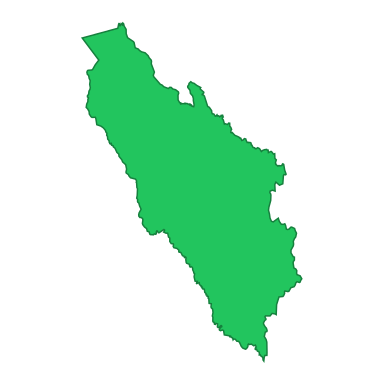 the district of Tonila, Jalisco, Mexico
{"feature_id": "50627088B95272323140110", "entity_name": "Tonila", "entity_type": "district", "adm_level": 2, "iso_a3": "MEX", "parent_name": "Mexico", "parent_adm1": "Jalisco", "projection": "equal_earth", "projection_center": [-103.536, 19.429], "detail": "fine", "context": "isolated", "style": "filled", "palette": "green", "viewbox_px": 384, "rotation_deg": 0, "n_neighbors": 0, "source": "geoboundaries", "source_scale": "gbopen_adm2", "svg_char_len": 5998}
<svg xmlns="http://www.w3.org/2000/svg" viewBox="0 0 384 384"><path d="M90.2,80.6L89.7,84.3L90.3,87.7L89.9,89.5L89.0,91.1L88.6,94.2L87.4,95.9L87.5,97.0L88.4,97.6L88.4,98.4L87.9,99.1L87.9,101.5L86.7,104.1L86.2,107.4L87.6,108.8L89.1,111.5L89.3,114.1L91.0,116.7L92.0,117.4L95.4,117.3L95.9,118.9L96.8,124.7L100.9,126.1L103.4,127.9L105.3,130.2L106.1,132.4L106.9,133.2L106.7,135.3L107.5,136.5L107.7,139.1L109.0,140.6L109.3,142.5L109.9,143.1L109.8,143.6L110.5,144.0L111.3,143.5L111.6,145.2L113.1,145.7L113.3,146.8L115.0,148.2L116.9,152.4L118.8,154.1L119.0,156.3L121.8,159.8L122.6,161.9L125.7,164.7L126.6,169.1L126.0,172.1L126.2,173.0L128.4,174.6L129.0,176.0L130.5,177.8L135.5,179.1L136.4,180.5L136.6,181.4L136.2,182.2L136.6,182.8L136.9,187.6L137.5,188.7L137.2,195.5L136.7,198.2L137.7,199.6L137.5,201.1L137.8,202.2L138.8,203.0L139.6,206.0L141.1,209.2L139.1,212.9L138.7,214.8L138.9,216.3L139.9,217.5L141.1,217.5L142.5,218.5L142.9,219.8L142.4,223.4L142.8,224.7L144.5,227.0L146.6,228.6L147.3,231.3L149.0,231.7L149.9,234.3L150.3,234.6L153.5,234.8L154.3,233.9L155.8,234.3L156.2,233.7L156.4,231.6L156.8,230.9L157.4,231.0L158.3,232.7L159.0,232.8L163.9,229.5L164.5,229.9L164.5,230.8L163.7,232.1L166.0,233.2L167.7,233.2L168.5,237.0L169.8,238.1L169.8,241.5L171.2,243.6L173.3,243.9L173.5,244.5L173.2,246.5L173.9,247.7L176.9,248.4L178.8,250.1L178.8,251.6L179.1,252.2L180.5,252.3L181.1,252.9L182.5,255.7L184.0,256.2L184.5,257.6L185.0,257.6L185.6,257.0L185.9,257.3L186.1,258.1L185.8,259.6L186.2,262.5L186.6,263.2L189.6,264.4L189.5,265.9L190.2,267.1L191.1,266.6L192.3,267.4L192.7,268.6L192.7,269.8L193.6,271.7L193.8,273.0L194.6,273.7L194.1,276.8L195.1,281.2L196.1,281.2L196.7,282.1L197.4,281.6L197.4,282.4L196.5,283.3L196.7,283.6L199.3,282.7L199.4,284.3L199.8,284.9L201.3,285.9L201.1,286.6L202.1,287.0L201.9,287.8L202.6,288.1L202.7,288.9L204.3,289.2L204.8,292.4L206.0,293.5L206.0,294.8L207.0,295.2L207.0,296.2L208.3,296.5L208.1,298.1L208.8,298.7L209.1,303.4L211.3,303.7L211.0,306.9L211.3,307.9L212.4,308.7L212.8,310.5L213.0,312.7L212.3,316.0L212.9,317.2L212.8,321.1L213.2,322.0L214.1,322.3L214.5,324.2L215.4,324.4L215.9,323.4L217.6,323.8L217.4,326.9L218.3,327.7L219.4,327.2L220.7,325.6L221.5,325.6L221.8,326.7L220.5,327.5L219.3,329.6L219.5,330.1L220.5,330.7L222.6,330.0L223.6,330.7L224.3,334.9L229.3,335.8L229.6,336.5L230.1,336.0L230.8,336.3L231.0,337.3L232.6,337.9L233.1,339.8L233.7,339.0L235.4,339.3L236.8,341.2L238.6,341.4L239.6,342.6L241.3,346.4L242.8,348.1L245.5,349.2L246.4,348.7L247.5,347.3L248.0,345.8L247.9,344.9L248.5,344.0L249.5,344.5L251.4,344.1L253.8,345.8L255.4,345.1L256.2,347.0L255.3,348.1L255.2,349.2L255.5,349.5L256.5,349.2L257.3,351.0L258.9,351.9L259.3,352.4L259.3,355.0L260.3,354.7L260.9,356.0L262.2,356.8L263.0,358.4L263.0,359.9L263.8,361.0L264.2,357.4L264.9,355.4L266.9,355.4L267.0,352.6L266.8,342.1L266.1,339.5L264.3,336.5L265.3,332.1L266.9,331.5L267.1,330.5L266.4,328.2L265.0,326.6L263.6,324.1L263.5,322.8L264.8,320.4L265.9,319.6L265.8,318.5L265.2,317.8L265.0,316.5L265.5,315.9L270.1,315.9L272.1,313.4L275.2,314.0L276.2,314.6L276.6,304.6L279.0,296.9L282.9,296.5L283.6,295.7L284.6,293.5L284.5,291.7L284.9,291.0L287.9,291.6L288.9,291.3L290.9,287.7L294.1,286.7L295.3,284.8L295.7,283.1L297.0,281.7L299.4,282.5L300.1,282.1L300.7,280.4L301.8,278.8L300.1,275.8L297.0,274.6L296.6,273.1L296.8,270.7L295.9,269.1L293.9,267.9L293.1,262.9L293.4,261.5L294.4,260.1L294.4,257.1L293.2,256.7L291.0,252.9L291.0,250.1L293.3,245.9L293.6,244.1L293.3,241.3L294.4,238.7L295.7,237.0L296.5,233.2L295.2,230.6L294.6,228.5L291.7,227.1L290.8,227.2L288.9,229.2L287.6,229.5L286.4,229.2L285.6,225.5L284.8,223.8L283.6,224.3L281.3,224.3L279.3,221.4L278.3,218.2L273.2,221.9L271.4,221.3L270.0,218.0L269.5,214.2L268.5,210.2L268.9,207.1L270.7,200.5L270.9,195.2L270.7,193.9L269.8,192.6L270.1,191.1L272.5,190.2L275.1,191.1L274.8,184.5L275.9,182.1L279.5,185.2L282.8,183.8L283.4,175.7L283.9,174.6L285.6,174.8L286.1,174.2L284.7,170.2L283.7,164.4L282.8,163.8L282.2,164.4L282.2,165.2L281.6,165.6L279.7,165.9L279.0,165.5L277.9,166.1L275.7,164.3L275.8,163.5L275.4,163.0L276.3,159.8L274.9,158.5L274.7,153.7L273.5,154.1L271.5,151.6L271.0,151.4L268.4,152.6L268.1,150.1L267.2,150.1L266.7,149.4L264.5,149.7L262.5,150.5L261.4,151.5L259.5,148.6L257.7,147.7L256.0,148.8L254.9,148.5L254.7,147.8L253.0,147.4L251.8,145.0L251.3,144.9L251.0,143.0L249.9,142.4L248.8,142.7L248.4,142.3L247.2,142.5L246.1,140.3L245.8,139.0L244.4,138.6L242.8,140.2L241.8,140.5L240.7,138.1L239.6,138.0L239.5,137.5L237.7,136.5L234.8,135.3L232.3,132.6L232.0,132.9L230.8,132.5L231.1,130.0L231.6,129.4L230.8,127.3L229.8,126.3L229.7,123.2L228.6,123.1L227.6,124.5L225.0,123.7L224.4,124.0L223.3,119.9L222.3,118.8L222.6,117.2L223.2,117.0L222.6,115.2L221.1,115.4L221.0,116.4L220.1,116.3L219.7,116.8L218.6,115.8L217.6,116.0L217.0,114.8L216.0,116.1L215.3,116.2L213.8,114.0L212.3,113.8L211.8,112.5L211.6,110.6L209.3,107.3L207.7,106.5L204.4,96.1L203.3,94.9L202.2,94.7L202.2,94.3L203.7,93.0L203.8,92.2L200.3,89.1L200.3,88.0L200.7,87.5L196.9,85.5L194.0,83.3L192.3,82.9L190.8,81.7L189.0,83.4L189.0,84.4L187.7,86.3L187.8,87.5L190.0,90.3L190.4,93.4L192.6,95.9L193.4,98.7L193.3,100.4L194.1,104.8L193.7,106.7L192.0,106.3L191.9,105.6L191.1,105.5L191.3,104.9L190.4,104.3L190.3,105.1L189.8,105.1L189.3,104.6L189.4,104.1L187.9,104.1L186.9,103.4L185.6,103.8L185.0,103.1L184.3,103.8L183.0,103.6L180.6,104.0L180.4,103.5L180.8,103.0L179.5,102.4L178.1,100.0L178.0,95.2L178.7,93.2L178.4,91.9L175.6,89.7L172.8,89.0L171.2,87.4L169.8,87.3L168.3,88.5L163.9,86.8L162.0,85.0L160.3,84.3L153.8,76.8L153.3,75.3L154.4,72.1L151.3,63.9L151.5,61.2L151.2,60.1L149.1,57.7L148.2,55.8L145.1,52.8L141.5,51.8L139.4,50.4L138.4,49.1L135.2,47.8L134.1,42.6L133.5,41.7L127.6,37.7L126.2,33.7L126.1,29.3L124.2,26.2L123.6,23.8L122.8,23.0L122.6,23.4L123.2,25.1L122.5,25.2L121.1,23.6L120.2,25.7L119.6,25.6L119.3,23.6L119.0,23.5L118.7,23.9L117.8,28.3L82.2,38.0L98.8,60.1L95.3,64.7L92.6,69.5L91.7,70.0L88.0,70.3L87.3,71.0L86.9,72.2L87.4,74.5L88.4,75.2L88.7,75.9L89.2,78.5L90.2,80.6Z" fill="#22c55e" stroke="#15803d" stroke-width="1.5"/></svg>